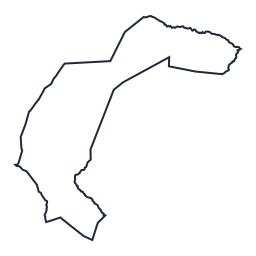 outline of Santa María Pápalo, Oaxaca, Mexico
{"feature_id": "50627088B38844714330339", "entity_name": "Santa María Pápalo", "entity_type": "district", "adm_level": 2, "iso_a3": "MEX", "parent_name": "Mexico", "parent_adm1": "Oaxaca", "projection": "orthographic", "projection_center": [-96.755, 17.798], "detail": "fine", "context": "isolated", "style": "outline", "palette": "slate", "viewbox_px": 256, "rotation_deg": 0, "n_neighbors": 0, "source": "geoboundaries", "source_scale": "gbopen_adm2", "svg_char_len": 3588}
<svg xmlns="http://www.w3.org/2000/svg" viewBox="0 0 256 256"><path d="M51.1,84.0L44.6,88.4L43.3,91.2L39.0,99.0L35.2,103.8L30.5,110.5L29.0,111.8L25.6,124.0L22.5,132.2L22.0,133.6L20.7,136.7L21.4,148.1L22.2,150.7L18.4,163.4L17.3,164.7L15.4,164.8L16.6,166.0L18.6,166.1L20.0,166.8L22.8,169.8L26.4,171.1L37.0,184.9L37.4,187.1L38.0,188.2L38.6,191.6L40.9,192.9L41.9,195.3L45.5,200.5L46.7,200.8L47.2,202.1L46.7,204.0L46.2,204.9L47.0,206.8L46.6,208.1L46.7,209.3L46.1,212.1L45.3,213.3L45.0,214.1L44.6,215.4L45.3,216.8L45.2,218.3L46.2,222.1L51.3,220.5L60.3,217.5L70.4,225.6L83.4,235.9L92.3,240.0L97.8,222.8L105.2,215.5L103.6,215.3L103.9,214.0L103.4,213.7L103.1,213.2L102.2,212.9L101.9,212.2L101.4,211.7L100.9,210.2L100.6,210.2L99.9,209.0L98.5,207.8L98.2,206.5L97.9,205.6L97.1,204.9L94.9,203.3L94.4,203.4L94.0,202.0L93.5,201.5L92.5,200.9L92.3,199.2L91.6,198.7L91.0,198.1L87.2,197.1L85.0,195.4L85.1,194.5L84.3,194.1L83.8,193.6L83.4,192.9L83.2,192.5L82.7,192.3L82.6,191.7L81.7,191.3L80.9,191.4L80.4,190.7L80.3,190.1L79.6,189.8L78.7,189.0L77.9,188.3L78.0,187.9L77.9,187.6L77.9,186.5L77.8,186.3L76.9,186.2L76.6,185.9L76.6,185.2L76.5,184.6L75.0,183.0L75.1,182.8L74.6,182.1L74.7,181.0L75.0,180.0L75.1,177.4L74.9,176.3L75.4,175.1L75.6,174.8L77.3,174.6L77.9,174.4L78.2,174.2L78.5,173.8L78.9,173.5L79.4,173.3L79.6,172.9L79.9,172.7L79.9,172.4L81.0,170.7L81.5,170.1L84.2,169.7L84.6,169.3L84.9,167.5L86.1,167.0L86.4,166.3L87.7,162.3L90.7,159.7L90.5,149.5L113.8,89.7L123.2,82.2L169.2,57.2L168.9,66.3L195.3,71.5L221.2,74.1L221.2,73.9L221.4,73.9L221.9,74.0L222.0,74.0L222.5,73.9L223.0,73.8L223.3,73.6L223.6,73.5L224.1,73.2L224.5,72.9L224.8,72.6L225.1,72.3L225.5,71.9L225.8,71.6L226.0,71.5L226.5,71.2L227.0,71.1L227.3,71.0L227.6,70.8L228.1,70.5L228.6,70.2L228.8,70.0L228.9,69.7L228.5,68.6L228.3,67.9L228.3,67.6L228.4,67.4L228.4,67.1L228.5,66.9L228.6,66.5L228.7,66.2L228.7,65.7L228.8,65.5L228.9,65.4L229.0,65.0L229.2,64.7L229.4,64.5L229.8,64.1L230.1,63.9L230.4,63.7L230.9,63.4L231.5,63.1L231.9,62.7L232.0,62.5L232.2,62.1L232.3,61.7L232.5,61.4L232.9,61.3L233.1,61.4L233.5,61.5L233.7,61.4L234.0,61.3L234.1,61.2L234.2,60.9L234.3,60.5L234.4,60.2L234.4,59.9L234.5,59.5L234.6,59.3L234.8,59.2L235.0,59.0L235.1,58.8L235.3,58.6L235.5,58.3L235.8,58.2L236.1,58.0L236.2,57.8L236.3,57.5L236.3,57.1L236.2,56.6L236.2,56.3L236.0,55.6L236.0,55.3L236.1,54.9L236.2,54.7L236.2,54.3L236.2,54.2L238.1,52.3L238.2,52.0L238.3,51.6L238.2,51.4L237.9,51.1L237.5,50.7L237.5,50.4L237.6,50.2L237.8,50.1L238.5,50.0L239.0,49.9L240.0,49.4L240.6,49.0L239.9,48.7L239.1,47.4L238.4,47.0L235.7,47.0L233.9,46.3L232.7,44.0L229.0,42.2L228.1,40.2L227.1,39.8L226.1,39.4L225.5,38.5L223.6,37.5L222.0,37.0L221.0,35.7L219.6,35.4L218.3,34.7L217.7,35.0L216.1,34.7L214.8,34.1L211.7,33.7L209.9,32.1L208.1,31.6L206.0,31.6L205.6,31.9L204.8,33.0L203.8,32.9L202.6,32.0L201.6,33.2L200.3,32.7L199.8,32.7L199.6,33.1L198.5,32.8L196.5,31.5L196.2,31.4L195.9,30.6L194.8,29.5L194.2,29.5L192.9,30.6L192.2,30.5L190.7,28.3L190.1,27.9L188.1,28.6L186.6,28.2L185.7,28.2L184.7,27.6L184.2,27.7L183.0,26.3L182.0,26.3L180.5,27.0L179.2,27.0L178.4,26.6L177.2,26.5L175.0,27.8L173.6,27.3L171.8,27.7L171.4,27.0L170.8,26.5L170.8,26.4L170.2,26.0L169.6,26.5L168.5,26.1L167.1,26.6L166.6,25.6L166.1,25.4L165.8,24.9L165.1,24.9L164.4,24.4L164.5,23.4L164.2,23.2L162.2,22.1L161.5,21.7L158.9,20.4L154.6,17.6L153.8,17.3L152.3,16.8L150.9,16.1L150.4,16.0L149.0,16.4L147.9,16.7L147.2,16.9L146.3,17.2L145.0,17.4L144.3,17.2L143.8,16.9L124.9,32.0L110.3,61.1L88.6,62.3L64.6,63.6L62.9,65.8L61.4,68.0L57.5,73.6L56.9,74.7L56.4,75.5L55.3,76.8L53.6,78.9L51.1,84.0Z" fill="none" stroke="#1e293b" stroke-width="2"/></svg>